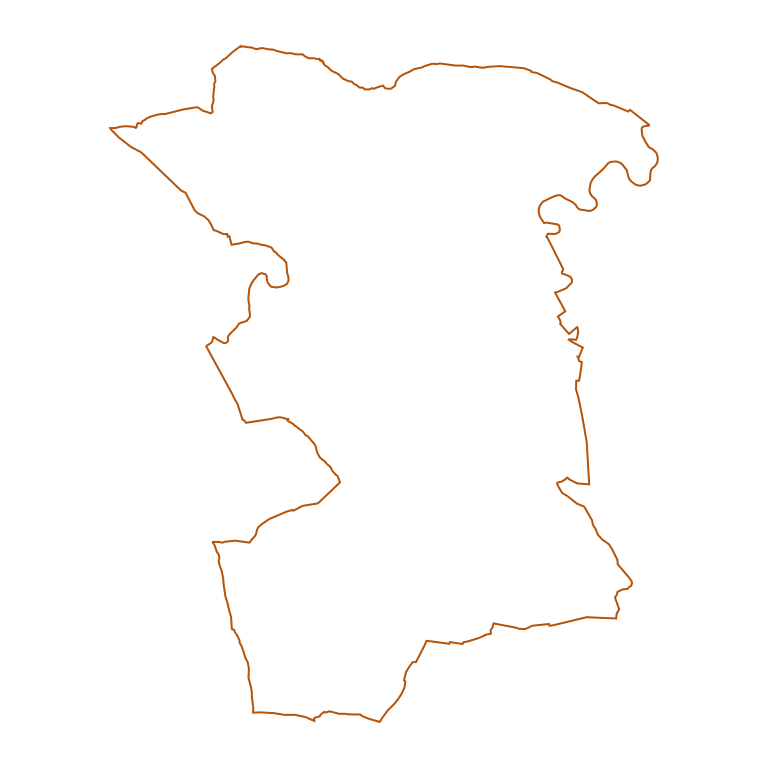 the district of Sercaia, Brasov, Romania
{"feature_id": "2599482B18574543528453", "entity_name": "Sercaia", "entity_type": "district", "adm_level": 2, "iso_a3": "ROU", "parent_name": "Romania", "parent_adm1": "Brasov", "projection": "natural_earth1", "projection_center": [25.127, 45.831], "detail": "fine", "context": "isolated", "style": "outline", "palette": "amber", "viewbox_px": 768, "rotation_deg": 0, "n_neighbors": 0, "source": "geoboundaries", "source_scale": "gbopen_adm2", "svg_char_len": 6035}
<svg xmlns="http://www.w3.org/2000/svg" viewBox="0 0 768 768"><path d="M584.5,507.1L583.4,506.3L576.9,503.6L567.1,495.9L562.3,493.1L558.8,487.4L557.2,483.9L557.3,482.9L557.6,482.6L561.9,481.5L565.7,479.1L566.3,478.1L567.3,477.6L568.2,478.1L568.7,479.1L577.1,483.4L589.2,484.3L586.7,442.0L582.0,415.1L578.2,396.7L576.0,389.3L576.3,380.6L579.0,380.8L580.0,375.8L581.9,362.1L579.3,361.2L577.7,356.8L578.8,357.2L582.8,347.6L572.0,341.9L568.8,339.7L569.2,339.4L571.1,339.3L576.0,339.8L577.0,338.0L578.3,331.9L577.5,327.7L577.1,327.1L569.0,333.9L560.2,324.0L560.8,323.3L559.9,319.9L557.9,316.5L565.3,311.3L555.1,292.6L558.4,291.6L566.3,288.2L571.7,282.6L572.1,280.1L571.8,279.1L570.3,276.8L566.0,274.8L562.1,273.6L561.9,272.0L562.6,271.2L563.2,269.1L547.3,237.4L546.3,236.8L547.8,233.8L555.4,234.0L559.2,232.0L559.9,229.9L559.2,225.6L557.6,224.4L546.5,222.6L544.1,223.0L540.5,217.8L539.0,213.9L538.8,211.5L539.0,208.2L539.7,206.0L541.7,203.1L543.1,201.6L552.7,196.9L557.2,195.3L559.2,195.2L561.2,195.6L564.4,198.1L572.5,202.1L575.8,204.9L576.8,206.9L578.6,208.8L580.3,209.6L585.5,210.3L588.3,211.0L591.0,210.7L592.7,210.0L595.8,207.4L596.6,206.0L596.8,203.7L596.4,201.3L595.7,199.6L591.8,195.9L590.0,193.1L589.4,190.2L590.6,183.1L592.5,179.4L595.1,176.2L602.5,169.7L608.5,162.9L610.7,161.9L616.2,161.4L620.3,162.8L622.5,164.7L626.8,170.3L628.3,176.6L629.2,179.0L631.4,181.6L635.5,184.6L638.7,185.6L641.1,185.6L645.3,184.4L646.9,183.4L650.0,180.3L650.4,173.4L650.8,170.7L652.1,168.4L655.1,166.0L656.7,163.6L657.5,161.6L657.8,158.1L656.8,153.8L655.6,152.0L651.8,148.7L648.5,147.1L648.0,145.6L645.6,142.2L642.7,136.4L642.1,134.2L641.6,129.5L641.9,127.9L642.6,126.9L645.0,126.1L649.0,125.6L648.9,124.7L630.1,109.9L628.1,111.5L613.4,105.4L610.2,104.8L607.9,103.4L606.5,103.0L598.7,103.3L582.0,92.1L569.3,87.6L557.7,82.7L552.4,81.2L550.1,79.3L536.8,72.9L531.9,72.1L531.1,71.7L531.0,70.8L523.9,68.2L499.7,66.1L488.6,66.8L482.5,67.8L474.3,66.5L473.0,67.0L470.5,67.1L462.8,65.5L455.8,65.6L440.0,63.5L435.7,64.2L434.3,63.7L431.0,64.1L424.8,66.0L421.8,67.5L414.1,69.1L409.2,71.9L403.2,74.5L399.5,76.9L396.0,81.7L395.0,85.8L391.3,88.5L389.0,88.8L385.1,88.3L383.0,85.6L376.8,87.5L373.6,88.8L372.0,88.2L369.4,89.4L365.0,89.4L362.8,87.7L359.5,87.5L356.5,85.1L354.1,84.0L351.8,81.6L348.2,81.1L342.8,78.5L338.4,74.1L331.8,70.9L327.4,66.8L324.8,65.3L323.3,63.3L323.7,63.3L323.7,62.9L323.1,61.5L321.6,60.4L320.6,60.9L320.0,60.4L319.9,59.3L319.5,58.9L317.3,59.1L313.6,58.2L308.5,58.3L304.5,56.0L302.8,54.4L295.7,54.3L290.4,53.1L286.6,53.3L277.7,51.2L272.7,49.5L268.9,49.4L262.7,48.1L259.5,48.4L257.1,49.1L255.7,49.0L251.6,47.5L247.4,47.2L243.5,46.4L240.9,46.8L240.6,46.1L232.2,52.3L226.0,58.2L223.1,59.6L220.6,62.2L211.9,68.9L212.9,73.0L214.9,76.0L215.4,81.4L214.3,83.3L214.1,84.5L214.4,86.9L213.8,90.3L213.2,96.5L213.6,100.1L213.0,103.0L211.9,106.0L212.6,111.4L212.4,112.2L211.6,112.8L210.5,113.3L206.8,111.9L203.3,111.0L197.5,107.2L196.2,107.3L183.5,109.4L165.2,114.0L159.9,114.2L156.2,115.0L150.6,116.6L146.3,118.6L145.2,119.7L142.5,121.1L141.2,123.7L138.2,123.0L136.9,124.5L136.6,127.0L135.8,127.9L133.8,126.8L125.7,126.2L119.3,126.9L116.3,127.9L110.2,128.1L110.9,129.4L118.9,137.5L130.9,146.9L141.3,152.4L180.9,190.4L185.7,192.9L194.5,210.1L197.7,213.2L204.3,216.4L208.6,220.3L211.1,224.6L213.8,230.2L215.5,230.5L223.7,234.2L227.2,234.0L227.7,236.7L229.3,236.2L231.6,244.7L238.6,243.6L245.8,241.8L248.9,241.8L252.9,243.3L257.6,243.6L260.9,244.7L264.6,245.2L270.9,247.3L272.0,248.2L274.0,251.4L275.5,252.1L278.2,255.2L284.3,260.0L284.3,260.5L286.2,262.2L287.2,273.1L288.5,277.7L288.4,281.0L287.3,283.3L285.7,284.8L283.5,285.9L280.7,286.8L276.7,287.5L271.0,286.7L267.6,282.5L266.8,278.9L266.7,276.2L265.4,274.2L261.5,273.1L258.4,274.5L253.4,280.5L251.0,284.4L249.3,288.8L248.4,297.7L248.5,301.0L249.5,306.2L249.1,308.3L249.9,314.1L249.8,316.9L246.7,320.9L239.1,323.5L236.5,327.4L229.6,334.2L227.8,337.0L228.2,340.1L227.9,341.3L226.5,342.6L225.2,343.1L223.5,342.9L217.2,339.5L214.3,337.4L213.2,337.2L212.2,341.6L210.7,343.1L206.6,345.8L206.3,346.5L231.8,393.2L234.7,399.3L237.4,403.6L242.5,419.6L244.3,420.5L245.9,422.8L270.5,419.0L277.4,417.4L280.7,417.3L287.1,419.0L289.1,419.0L287.2,419.6L287.5,420.7L293.1,423.9L294.2,425.1L303.1,431.8L305.3,434.9L307.8,436.3L313.7,443.2L315.5,445.7L316.4,449.9L318.0,454.3L319.8,457.2L320.7,458.3L324.7,461.3L326.3,463.3L330.9,467.6L331.5,469.4L332.5,471.1L336.2,475.1L337.6,476.0L340.0,482.4L317.9,503.4L302.4,505.9L294.3,510.3L292.8,510.6L292.5,509.9L285.9,511.9L269.1,519.1L261.9,524.1L258.5,527.0L257.1,529.5L256.0,534.2L254.6,536.6L251.9,539.3L249.6,542.6L235.1,540.7L225.3,541.7L222.0,542.7L219.4,542.0L212.9,541.9L212.9,542.8L214.3,544.6L216.9,552.0L218.3,553.7L219.0,555.8L219.3,558.3L218.7,561.2L219.8,565.9L221.7,571.1L223.3,579.1L223.6,584.4L225.4,596.4L227.3,602.3L229.2,610.5L231.1,617.0L231.8,628.9L234.0,629.8L235.7,633.4L237.2,635.4L239.6,640.6L239.6,642.9L241.1,645.1L243.5,651.5L245.6,658.5L247.1,660.9L247.8,662.7L248.9,668.4L248.5,677.7L251.0,687.4L251.8,691.7L251.8,696.2L253.3,707.7L253.1,712.6L260.8,712.4L273.7,713.1L284.7,714.9L295.2,714.9L305.2,717.0L314.3,720.9L313.9,718.7L315.3,717.5L319.7,716.4L320.6,714.6L324.5,711.8L325.4,712.4L326.6,712.3L329.6,711.3L339.0,713.8L344.9,713.8L349.6,714.4L360.4,714.5L361.7,715.9L368.8,718.8L379.8,721.9L382.3,717.8L387.8,710.3L394.2,704.0L397.7,699.7L401.3,694.3L404.4,687.9L405.4,681.7L404.0,680.3L406.1,671.9L409.8,666.0L412.8,662.1L416.0,662.1L424.3,645.9L426.5,640.8L449.4,643.8L449.9,642.1L462.6,644.0L463.5,642.2L467.5,641.5L478.3,638.2L484.8,635.4L484.8,635.0L490.9,633.7L490.5,630.6L492.5,627.4L493.5,623.4L516.9,627.9L518.8,628.8L524.9,629.1L528.4,627.7L531.9,625.8L548.9,624.0L549.4,625.8L553.5,625.2L586.6,617.2L616.1,618.5L616.7,613.6L619.2,609.3L615.0,597.6L616.7,594.9L617.6,591.8L622.7,589.4L627.6,588.8L629.0,587.1L631.1,585.8L632.0,583.7L631.7,581.3L629.4,578.0L617.8,564.4L617.3,559.6L612.0,549.1L609.0,544.3L601.9,539.2L597.9,534.8L595.6,529.0L592.8,524.6L592.2,520.6L584.5,507.1Z" fill="none" stroke="#b45309" stroke-width="2"/></svg>